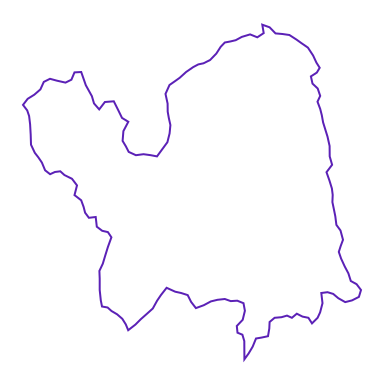 outline of Soledade de Minas, Minas Gerais, Brazil
{"feature_id": "56859067B11452505630920", "entity_name": "Soledade de Minas", "entity_type": "district", "adm_level": 2, "iso_a3": "BRA", "parent_name": "Brazil", "parent_adm1": "Minas Gerais", "projection": "natural_earth1", "projection_center": [-45.033, -22.029], "detail": "fine", "context": "isolated", "style": "outline", "palette": "violet", "viewbox_px": 384, "rotation_deg": 0, "n_neighbors": 0, "source": "geoboundaries", "source_scale": "gbopen_adm2", "svg_char_len": 2305}
<svg xmlns="http://www.w3.org/2000/svg" viewBox="0 0 384 384"><path d="M128.2,330.2L135.4,324.6L140.8,319.2L146.8,313.9L152.8,308.5L157.1,300.7L160.9,295.1L166.6,287.8L175.2,291.7L181.1,293.0L187.7,295.1L191.1,301.9L195.9,308.1L203.8,305.2L210.9,301.4L217.5,299.8L224.8,299.0L230.7,301.1L237.3,300.7L243.5,303.2L244.9,310.8L242.7,319.8L236.8,326.0L237.5,332.7L242.4,334.7L244.3,341.1L244.4,359.3L248.6,353.5L252.7,346.6L256.0,338.5L261.4,337.6L268.0,336.2L269.3,328.5L269.6,322.0L274.6,317.8L281.5,317.2L287.0,315.6L291.9,317.8L296.8,313.7L302.5,316.6L308.4,317.8L312.0,323.4L317.6,317.8L320.1,312.4L322.5,303.2L321.3,293.0L327.5,292.2L333.2,293.9L338.3,298.2L345.2,302.1L352.0,300.4L358.9,296.9L361.0,290.0L356.6,284.2L350.8,281.0L348.4,273.4L344.7,266.4L341.1,258.6L338.8,251.9L340.7,246.0L343.0,239.8L340.5,230.5L336.4,224.9L335.3,216.3L334.0,209.8L332.4,202.1L332.7,194.9L331.9,188.5L329.4,180.4L326.5,172.2L332.1,164.8L329.7,156.4L329.6,146.0L327.5,136.6L325.3,129.5L323.1,122.4L321.8,115.2L320.2,108.9L317.5,101.7L320.2,95.9L317.7,88.5L312.5,83.6L310.9,76.4L316.8,72.6L319.7,67.8L316.4,62.6L313.1,55.5L307.9,47.6L301.5,43.2L296.5,39.6L289.4,35.0L282.4,34.0L275.5,33.4L269.6,27.3L262.3,24.7L263.7,33.1L257.3,37.3L250.1,34.4L241.8,36.9L235.7,40.2L230.2,41.5L224.8,42.5L220.7,46.8L216.3,53.6L210.1,60.0L203.5,63.3L198.3,64.4L193.2,67.1L186.1,72.0L179.7,77.8L174.8,81.3L169.5,85.0L165.5,93.9L167.6,103.6L167.7,111.7L168.8,117.9L170.4,125.1L169.6,133.4L167.4,142.2L162.2,149.3L157.0,156.4L150.8,155.2L143.5,154.2L135.9,155.2L128.7,151.9L125.9,146.4L122.6,140.9L123.4,131.1L128.3,121.8L122.0,117.9L118.5,110.7L113.8,101.3L104.9,102.0L99.2,109.4L94.0,103.4L91.9,96.2L88.8,90.6L85.8,85.2L83.9,79.7L81.2,72.0L74.5,72.4L71.4,79.7L65.5,82.6L57.0,80.7L50.0,78.8L43.8,81.9L40.4,89.4L34.3,94.7L27.7,98.8L23.0,104.9L27.2,110.4L29.1,116.0L30.1,124.3L30.7,134.8L31.0,144.7L34.8,152.8L38.3,157.3L41.9,162.6L45.1,170.3L50.1,174.2L54.9,172.0L60.3,171.3L64.5,175.1L72.0,178.8L77.0,185.4L74.5,195.1L81.2,200.3L83.6,206.9L85.1,212.7L88.9,217.8L95.7,217.0L96.8,226.7L102.2,230.8L107.9,232.1L111.4,237.3L107.9,247.0L105.2,255.7L102.8,263.7L99.4,270.9L99.7,278.7L99.7,290.0L100.8,300.4L102.0,306.5L107.6,307.5L111.5,311.0L117.1,314.3L122.3,318.8L125.8,324.4L128.2,330.2Z" fill="none" stroke="#5b21b6" stroke-width="2"/></svg>